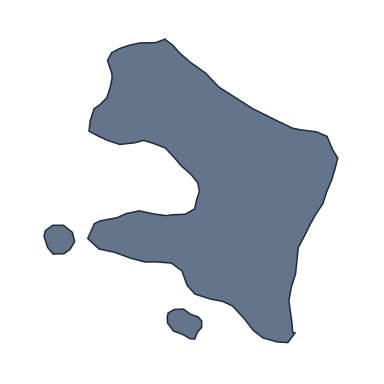 Qazakh District, Qazax, Azerbaijan (Robinson projection), rotated 12°
{"feature_id": "54616110B43488292017990", "entity_name": "Qazakh District", "entity_type": "district", "adm_level": 2, "iso_a3": "AZE", "parent_name": "Azerbaijan", "parent_adm1": "Qazax", "projection": "robinson", "projection_center": [45.173, 41.158], "detail": "fine", "context": "isolated", "style": "filled", "palette": "slate", "viewbox_px": 384, "rotation_deg": 12, "n_neighbors": 0, "source": "geoboundaries", "source_scale": "gbopen_adm2", "svg_char_len": 1473}
<svg xmlns="http://www.w3.org/2000/svg" viewBox="0 0 384 384"><g transform="rotate(12 192 192)"><path d="M133.8,48.1L125.5,53.4L109.6,57.2L99.6,61.8L91.1,66.9L84.4,72.5L82.0,80.9L88.9,92.6L90.2,97.2L90.2,107.2L89.1,117.5L83.5,126.1L78.9,130.9L77.6,143.8L78.6,153.9L88.2,156.7L98.7,159.1L111.5,160.5L125.9,155.7L134.0,151.6L144.4,152.5L156.8,154.5L168.4,162.7L175.8,168.5L187.3,175.0L195.6,181.6L199.1,189.9L198.1,199.4L198.1,200.4L198.1,207.9L190.0,215.2L177.7,218.3L171.6,220.5L159.7,221.4L144.3,221.4L132.1,226.8L123.9,232.8L108.6,239.1L103.1,243.2L99.7,259.2L113.0,267.1L129.0,267.1L146.4,269.6L161.0,270.2L170.2,268.0L186.6,265.8L198.5,271.2L206.7,284.4L216.2,291.3L232.9,292.9L244.5,292.6L255.4,295.1L269.7,305.2L280.6,314.6L291.8,320.0L306.5,320.9L317.0,319.4L322.1,308.4L319.5,308.1L317.2,299.8L309.4,278.3L308.9,264.9L310.3,250.6L307.5,224.3L311.2,211.3L314.5,198.4L318.2,186.7L322.4,176.4L323.8,163.0L326.1,151.3L327.1,139.3L327.5,128.5L320.5,121.1L312.5,109.5L301.3,107.3L284.5,108.6L276.6,108.6L257.4,103.9L234.1,97.9L196.5,83.8L180.4,72.8L163.6,65.6L150.8,58.5L142.7,52.4L133.8,48.3L133.8,48.1ZM225.2,335.3L226.6,327.7L229.6,322.4L228.3,316.2L224.1,312.9L216.1,311.9L208.0,308.3L199.3,310.5L193.8,315.2L193.8,319.6L195.4,325.4L202.8,331.9L211.9,333.1L220.7,335.9L225.2,335.3ZM79.6,279.0L84.7,273.4L87.5,264.9L83.4,256.4L73.2,251.3L62.6,253.5L56.5,260.5L56.5,266.1L62.3,276.2L69.1,281.6L79.6,279.0Z" fill="#64748b" stroke="#1e293b" stroke-width="1.5"/></g></svg>